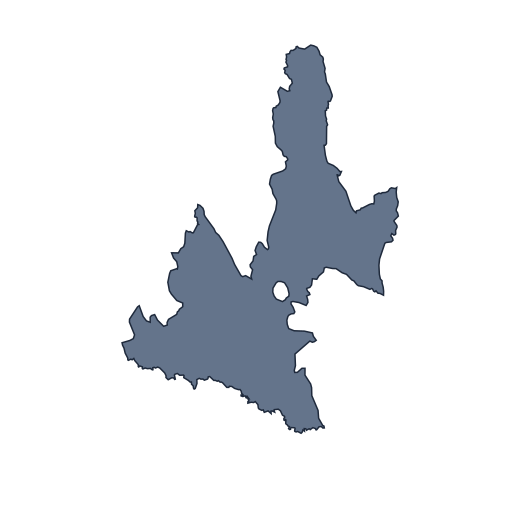 Rungu, Orientale, Democratic Republic of the Congo, rotated 161°
{"feature_id": "63176286B79209138861399", "entity_name": "Rungu", "entity_type": "district", "adm_level": 2, "iso_a3": "COD", "parent_name": "Democratic Republic of the Congo", "parent_adm1": "Orientale", "projection": "equal_earth", "projection_center": [27.634, 2.608], "detail": "fine", "context": "isolated", "style": "filled", "palette": "slate", "viewbox_px": 512, "rotation_deg": 161, "n_neighbors": 0, "source": "geoboundaries", "source_scale": "gbopen_adm2", "svg_char_len": 6126}
<svg xmlns="http://www.w3.org/2000/svg" viewBox="0 0 512 512"><g transform="rotate(161 256 256)"><path d="M181.8,404.3L182.7,394.8L183.5,393.3L185.9,391.5L188.1,391.1L188.9,389.9L190.9,390.4L191.8,390.0L193.0,388.0L193.4,384.6L195.2,381.4L195.6,379.3L195.2,378.1L195.9,375.9L197.6,373.1L198.8,362.9L200.9,356.4L200.3,352.5L197.4,347.4L197.1,346.0L197.5,342.8L196.8,341.0L195.1,340.1L194.4,337.6L194.7,336.6L197.5,335.4L198.1,331.1L199.6,328.8L203.1,327.7L213.1,327.7L215.0,327.1L217.4,324.0L219.8,319.6L219.0,313.8L219.7,309.5L218.5,303.1L218.5,301.4L219.3,299.0L222.4,293.1L233.5,280.1L236.7,275.0L240.4,267.1L241.1,260.1L242.1,258.6L243.1,258.3L245.2,261.6L246.0,265.5L247.1,267.4L248.9,268.2L252.7,264.7L255.1,261.5L255.0,257.2L258.3,256.4L260.4,252.3L264.4,249.7L264.9,247.6L263.7,244.1L267.4,238.5L267.6,235.6L272.2,240.8L275.3,240.8L276.6,242.3L279.0,255.0L279.4,261.6L282.5,280.4L284.4,287.7L286.5,291.4L286.9,295.5L291.3,309.8L291.5,312.0L290.6,315.2L290.6,318.4L292.5,322.1L294.3,323.6L295.5,320.6L299.1,318.7L299.5,316.1L301.1,313.5L301.0,312.6L299.7,312.1L299.3,311.1L300.3,308.4L299.9,307.0L300.6,306.0L300.0,304.5L301.0,304.7L307.6,298.4L308.7,298.6L310.4,300.6L311.6,300.5L313.7,302.6L315.3,300.6L319.1,291.3L321.4,288.3L324.7,287.4L328.4,284.2L334.8,286.5L334.6,280.9L332.8,276.4L333.4,271.4L334.6,269.3L335.1,269.8L341.4,269.8L343.3,267.7L347.9,259.9L349.2,251.3L348.4,247.5L345.4,239.7L340.6,235.4L341.8,231.9L345.8,230.6L346.9,229.3L348.5,228.8L350.0,226.6L359.3,224.6L361.7,222.1L362.4,219.6L366.2,219.6L370.0,227.4L370.9,233.6L374.2,233.7L376.0,232.6L377.6,227.8L380.7,230.3L382.4,235.5L382.6,247.0L384.6,246.4L396.1,237.5L397.2,234.7L396.5,221.0L398.9,217.8L402.8,217.2L410.9,217.6L411.2,215.1L410.8,211.8L411.3,206.8L410.5,201.3L411.0,199.5L410.6,198.9L407.9,199.2L406.9,198.2L404.9,198.9L404.7,196.6L402.7,191.6L403.3,189.7L403.0,189.2L401.7,189.9L399.5,188.2L400.1,186.6L399.7,186.0L397.3,186.2L395.3,184.8L392.5,184.1L391.1,182.1L390.5,182.0L389.9,184.0L388.5,183.9L387.5,182.8L385.1,183.0L383.5,181.5L380.4,175.2L380.0,172.1L380.7,170.4L379.3,167.6L375.3,168.3L373.5,167.5L373.1,165.8L372.4,165.8L371.9,170.0L371.2,170.6L368.6,170.5L367.0,168.1L363.3,167.0L363.0,166.4L363.9,164.5L360.5,160.4L359.3,158.2L358.1,157.9L358.7,155.7L357.7,153.8L358.1,151.3L357.8,150.3L356.6,150.5L353.3,154.7L352.2,158.4L349.5,158.8L348.2,157.5L346.2,156.9L345.3,155.4L342.0,155.4L341.4,155.7L340.5,157.3L339.0,157.1L336.4,152.1L335.0,151.7L333.4,150.2L332.2,150.4L331.0,148.4L329.8,148.1L328.9,147.1L326.4,141.3L324.5,140.6L323.6,141.5L321.3,140.5L319.4,137.8L316.0,135.3L314.5,134.9L314.0,132.9L314.3,130.7L313.4,129.1L313.6,128.6L315.4,129.4L315.7,128.6L314.2,127.4L311.9,127.3L311.5,126.6L311.6,125.3L311.1,124.9L310.1,126.2L309.1,123.2L310.1,123.5L309.9,121.2L311.1,120.9L311.6,119.5L308.1,119.3L305.9,118.2L304.1,118.6L302.6,114.9L303.3,111.5L303.0,110.4L300.8,108.2L299.2,108.1L299.1,105.5L295.0,105.6L293.0,102.1L292.4,104.4L291.3,104.3L289.2,102.3L289.2,104.2L288.8,104.8L284.8,103.9L283.3,101.7L282.8,96.9L281.3,95.2L281.3,94.3L282.6,93.2L283.0,91.8L282.3,91.1L281.4,91.7L281.1,91.2L282.4,88.1L282.2,87.1L281.4,86.2L281.1,84.8L279.9,83.8L281.4,82.2L280.8,81.0L279.8,80.9L279.2,82.1L278.5,82.3L275.6,81.1L275.1,80.4L276.4,78.1L276.4,77.5L275.4,76.6L273.7,76.5L271.1,73.7L269.9,74.2L268.3,76.2L267.2,74.6L266.6,77.1L265.2,76.5L265.0,74.8L262.5,75.3L261.6,75.1L261.3,74.2L258.1,75.2L256.0,73.5L255.9,72.1L255.3,71.9L251.9,74.0L249.8,73.5L248.8,71.6L247.4,71.2L247.1,73.1L248.1,74.1L249.6,82.2L247.6,89.8L248.7,105.8L246.3,113.4L246.0,117.2L248.5,127.4L246.2,133.9L249.1,134.9L254.8,132.5L257.3,133.3L257.1,135.3L254.4,139.5L251.1,150.6L232.8,158.0L230.8,156.1L228.7,156.0L226.5,156.7L227.9,161.3L227.7,164.9L234.7,169.2L244.3,172.9L248.7,176.7L248.7,181.2L247.7,185.3L245.5,188.5L244.1,189.4L241.4,189.8L239.0,189.2L237.5,190.5L237.6,195.4L238.5,199.3L237.8,201.1L235.9,201.0L230.5,198.0L224.7,192.9L222.0,195.2L221.3,198.0L221.2,201.7L217.6,202.0L217.6,204.0L218.6,205.6L218.9,208.4L218.4,208.9L215.3,208.8L212.9,210.5L210.1,216.1L206.1,214.2L203.1,216.7L197.4,219.0L195.3,222.5L193.2,222.5L187.6,219.2L184.4,218.0L180.0,212.1L176.4,209.2L173.2,202.1L171.6,200.7L170.0,196.2L168.9,194.6L164.3,192.0L159.2,187.4L157.1,187.6L156.5,186.8L156.2,184.5L155.3,183.4L153.9,184.0L152.8,181.1L151.0,180.3L148.2,177.4L146.8,181.1L145.9,185.1L145.6,189.4L144.9,191.5L145.9,193.8L145.3,198.6L142.8,207.2L140.1,213.0L130.0,226.1L128.5,226.4L123.3,225.3L121.3,226.3L121.1,228.4L122.0,231.2L120.3,233.0L118.8,230.8L117.1,231.0L116.6,231.6L115.7,234.7L113.2,237.4L112.9,239.0L114.2,243.8L114.0,244.6L108.4,247.4L108.1,250.9L108.7,253.0L108.0,254.8L105.7,257.4L103.9,260.9L103.9,265.5L102.6,270.9L100.7,274.9L102.3,274.4L105.8,276.4L107.6,276.0L110.1,274.1L112.8,273.9L116.1,274.8L117.5,274.3L119.3,275.5L123.9,274.8L124.8,274.2L126.2,269.3L127.7,266.9L129.5,267.7L132.0,267.8L139.7,266.7L140.9,267.0L142.5,265.7L146.3,266.0L147.4,264.3L149.1,267.5L150.0,272.5L149.9,288.0L153.5,299.3L152.9,306.3L152.3,306.2L151.7,304.9L150.5,305.0L147.7,308.1L149.2,308.5L150.8,312.5L153.4,316.4L157.6,320.2L158.1,322.4L157.6,328.6L155.6,338.5L154.3,338.2L152.8,339.3L147.0,355.6L145.6,356.7L145.6,361.0L144.7,362.4L144.7,365.7L143.2,370.8L141.8,370.9L141.0,372.8L139.5,372.4L138.9,374.7L138.1,375.7L137.7,378.4L137.3,378.8L135.9,378.1L135.1,378.4L132.0,382.1L131.6,383.7L131.6,392.4L132.7,397.5L131.2,405.6L131.3,407.7L129.6,410.9L129.3,418.0L128.2,420.3L128.1,422.2L129.9,425.4L129.7,429.1L130.5,433.5L132.9,435.9L135.6,437.6L142.6,435.8L147.6,438.6L148.8,440.8L150.0,440.7L150.7,439.2L154.0,438.3L155.9,439.0L157.3,438.1L158.4,436.5L161.8,436.8L162.3,434.2L163.6,432.1L163.4,431.1L164.6,429.5L164.1,425.9L164.6,424.6L168.0,424.6L168.7,423.7L168.0,422.0L169.2,420.0L168.9,418.8L167.5,417.5L166.5,412.9L165.0,411.5L165.4,407.6L168.9,405.5L170.2,403.2L170.2,401.3L172.7,401.5L178.0,407.6L181.8,404.3ZM236.4,215.6L237.0,209.5L238.1,207.3L241.1,206.4L242.5,205.1L245.8,204.3L250.8,208.6L251.9,212.3L251.9,216.4L250.4,220.1L245.8,224.0L243.6,224.8L240.5,223.7L237.7,221.4L236.4,215.6Z" fill="#64748b" stroke="#1e293b" stroke-width="1.5"/></g></svg>